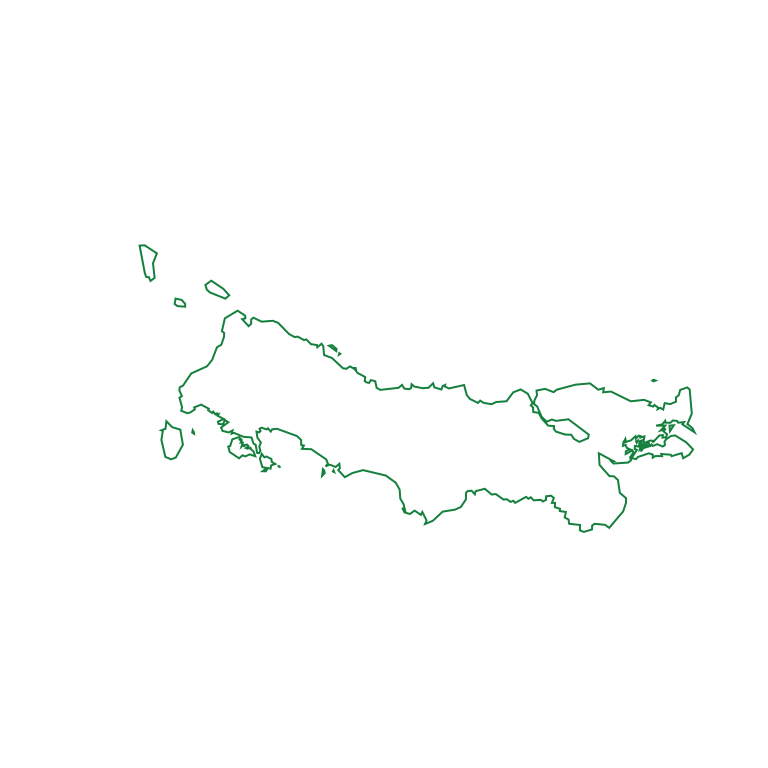 outline of Rote Ndao, Nusa Tenggara Timur, Indonesia, rotated 42°
{"feature_id": "22746128B61006797400672", "entity_name": "Rote Ndao", "entity_type": "district", "adm_level": 2, "iso_a3": "IDN", "parent_name": "Indonesia", "parent_adm1": "Nusa Tenggara Timur", "projection": "mercator", "projection_center": [123.168, -10.719], "detail": "fine", "context": "isolated", "style": "outline", "palette": "green", "viewbox_px": 768, "rotation_deg": 42, "n_neighbors": 0, "source": "geoboundaries", "source_scale": "gbopen_adm2", "svg_char_len": 6187}
<svg xmlns="http://www.w3.org/2000/svg" viewBox="0 0 768 768"><g transform="rotate(42 384 384)"><path d="M614.8,183.5L611.6,183.7L608.1,190.2L610.6,195.3L609.9,198.6L612.8,201.7L610.2,207.4L605.4,210.4L608.6,216.2L605.4,216.8L604.2,219.6L603.6,218.1L599.0,218.7L599.2,220.6L594.8,222.7L594.6,219.1L587.8,221.8L579.0,231.7L557.8,237.7L552.4,243.5L550.1,240.0L547.1,244.8L536.7,245.7L526.8,256.3L516.2,272.6L515.5,276.6L507.0,279.8L501.7,286.8L505.3,290.0L506.8,295.8L509.3,298.6L512.6,298.1L523.3,303.0L530.2,303.1L532.6,298.0L536.5,296.3L544.7,286.8L570.1,284.6L571.9,287.8L567.9,296.3L562.0,297.7L557.0,296.4L552.6,300.3L543.7,304.3L540.1,303.7L538.6,301.5L533.8,305.1L524.3,304.1L518.2,301.9L513.7,305.0L510.4,301.7L507.3,301.6L507.4,298.9L497.4,295.0L489.2,296.6L485.6,303.7L486.6,314.8L479.4,322.4L477.5,327.0L470.6,331.4L466.6,332.0L466.5,335.2L457.8,337.6L452.9,336.8L444.2,331.2L435.2,343.9L430.9,345.1L430.0,343.8L429.0,346.3L430.3,349.7L423.7,352.8L420.0,350.6L419.6,357.0L415.6,361.2L408.3,365.6L404.7,365.7L406.9,369.0L406.1,371.1L402.2,373.8L398.0,372.6L397.3,377.2L385.1,390.9L381.1,391.8L375.6,387.8L371.6,389.9L372.2,393.1L370.0,394.5L367.7,394.7L365.4,391.4L356.8,393.5L352.4,392.6L347.0,393.6L345.8,398.0L342.8,399.8L327.9,399.5L320.1,402.6L313.5,396.5L310.6,395.9L309.9,401.3L308.1,399.9L303.0,403.3L296.5,402.8L295.2,404.9L288.2,406.5L286.3,408.9L280.0,410.4L264.4,409.4L259.1,411.4L251.3,419.6L242.6,422.1L242.1,424.9L245.0,428.2L244.7,431.6L235.2,430.7L237.0,428.0L235.2,426.1L226.1,427.5L221.8,441.7L228.2,453.2L231.1,453.0L233.6,456.1L236.8,463.7L235.3,468.4L240.2,481.3L240.6,489.4L233.7,505.1L235.7,519.6L234.4,523.1L236.2,525.7L241.9,528.2L241.2,531.1L249.4,536.3L251.3,539.6L257.4,537.3L259.1,534.8L260.4,529.3L258.6,528.4L261.9,521.7L270.3,519.6L270.8,521.2L275.7,520.5L275.6,518.8L278.4,519.4L280.0,516.8L279.4,519.8L281.2,517.0L281.6,518.9L288.4,517.2L285.8,523.1L287.6,524.4L291.3,521.7L289.9,517.4L293.9,516.6L292.1,525.4L295.4,526.9L301.0,523.9L302.5,519.9L304.0,522.9L305.2,520.7L314.9,517.3L321.3,512.4L326.9,515.6L329.2,515.0L335.8,520.1L337.5,518.9L336.9,516.4L333.1,513.9L331.7,509.9L325.7,508.5L321.1,504.7L323.6,503.5L323.7,501.5L321.5,500.6L322.1,498.5L327.3,496.2L327.4,494.6L331.7,495.1L331.2,492.5L334.6,488.8L354.2,480.9L359.7,481.0L363.5,484.8L365.6,483.4L366.4,487.1L373.6,481.1L391.5,478.7L395.7,480.8L395.6,484.3L397.7,480.2L403.6,478.0L404.2,473.2L407.5,476.0L407.6,478.6L417.2,479.5L420.1,471.3L426.1,462.0L446.6,450.8L458.8,449.5L466.3,452.0L472.8,458.3L478.8,460.1L484.6,464.1L480.4,463.8L485.1,465.7L490.2,463.3L491.5,457.6L499.0,456.6L498.1,453.5L506.9,456.9L508.2,460.6L511.8,453.1L513.0,439.6L520.8,429.9L523.4,424.0L522.1,415.0L517.8,410.0L517.8,407.7L520.5,404.7L525.3,405.2L523.8,402.4L529.0,394.4L538.0,394.1L540.7,391.0L550.2,389.9L552.3,387.5L557.0,386.9L558.3,384.2L561.0,384.6L565.1,372.8L568.2,372.6L568.8,370.0L573.1,370.3L578.0,365.2L580.8,364.9L581.9,361.6L579.6,359.0L582.9,355.2L586.5,355.0L588.3,360.0L590.6,357.9L593.4,361.2L598.3,359.0L599.7,360.8L604.8,357.4L607.6,362.3L611.8,361.2L615.1,364.0L624.0,357.6L627.5,361.7L631.5,360.2L635.9,352.9L633.4,349.9L634.1,346.9L642.6,340.7L647.6,340.2L647.0,318.7L643.4,310.5L640.4,306.9L632.1,307.1L622.1,298.8L616.8,298.7L613.2,301.6L598.3,299.9L590.0,291.7L606.1,287.8L604.6,289.4L607.8,289.5L618.0,279.0L618.6,275.4L616.1,274.0L615.1,267.9L613.1,267.1L610.5,274.3L608.7,272.1L610.6,267.9L607.2,269.0L604.3,267.6L603.0,270.0L600.9,267.1L602.9,265.7L600.9,266.5L600.1,263.3L602.6,265.2L605.2,260.7L605.9,254.4L607.7,255.9L607.9,251.8L610.3,250.8L609.9,253.0L612.6,248.7L616.4,254.6L619.7,247.9L622.3,245.9L622.8,247.9L623.1,237.9L625.5,235.4L626.9,237.5L629.2,235.0L628.1,232.0L623.3,232.1L623.3,228.7L622.8,230.3L621.5,229.1L621.9,231.4L620.7,233.4L620.8,226.7L614.1,232.9L617.8,227.8L617.6,223.2L619.0,224.4L622.7,221.3L623.1,217.8L626.6,215.3L628.5,215.9L632.5,211.5L632.7,214.3L647.1,212.1L642.6,210.4L636.3,210.8L632.6,200.1L614.8,183.5ZM647.6,225.1L634.8,227.4L632.0,230.6L630.7,236.3L631.0,239.2L633.7,241.4L632.9,244.0L627.2,246.0L625.3,250.1L623.4,249.9L623.6,251.5L619.6,258.2L620.1,262.2L618.0,258.6L617.9,261.5L616.6,259.3L611.9,262.1L613.7,264.5L616.0,263.7L617.6,273.5L621.6,271.1L621.5,268.4L627.2,258.3L631.0,256.6L633.0,258.9L633.9,255.9L638.9,251.6L636.9,250.5L644.4,244.7L646.0,245.2L651.5,236.2L656.0,239.0L658.2,232.1L657.5,225.8L647.6,225.1ZM275.2,563.7L263.1,554.2L255.5,557.8L247.2,557.3L251.6,563.5L249.5,567.4L251.0,566.8L256.0,574.5L270.3,584.5L276.2,582.4L278.5,578.0L275.2,563.7ZM131.5,448.8L127.8,438.9L113.3,441.1L109.8,444.7L132.0,461.6L135.8,463.6L137.8,461.9L141.5,463.7L142.5,458.6L131.5,448.8ZM327.1,521.6L328.0,519.9L325.7,523.5L324.2,524.0L324.8,520.8L322.7,520.7L321.1,522.9L322.4,524.0L320.2,523.5L320.0,525.8L318.3,522.1L316.7,523.5L316.4,521.6L314.2,521.9L314.8,520.6L311.7,520.6L308.3,526.6L311.2,533.1L310.1,534.7L314.9,537.8L326.0,536.2L326.6,531.6L329.3,530.7L331.3,526.2L336.7,523.8L332.2,521.4L327.1,521.6ZM200.9,420.8L186.5,422.8L185.0,429.9L189.1,432.4L193.3,432.5L209.0,426.7L209.6,421.6L200.9,420.8ZM350.4,515.1L345.1,516.6L344.2,518.6L339.9,517.7L341.9,522.7L349.3,527.2L356.3,522.8L354.6,520.0L356.7,516.2L352.8,517.0L350.4,515.1ZM177.3,456.9L172.0,460.0L174.8,464.6L178.4,464.3L184.5,459.6L182.6,457.5L177.3,456.9ZM326.5,391.5L325.2,389.7L319.4,389.9L317.5,392.4L326.5,391.5ZM399.6,489.9L397.5,488.3L395.6,488.1L399.5,493.7L399.6,489.9ZM628.1,227.7L627.0,220.7L624.0,223.9L628.1,227.7ZM622.4,251.7L619.9,250.4L619.4,255.9L620.9,255.0L622.4,251.7ZM613.7,257.6L614.2,255.7L613.4,253.3L612.1,255.9L613.7,257.6ZM352.2,530.0L354.6,528.0L354.3,526.1L352.9,526.7L352.2,530.0ZM276.2,548.1L275.1,547.1L272.8,546.4L274.0,548.4L276.2,548.1ZM617.6,256.6L615.9,256.5L615.0,258.6L616.9,258.1L617.6,256.6ZM583.5,199.7L581.6,200.4L581.1,201.9L582.4,201.8L583.5,199.7ZM609.7,258.0L611.1,258.6L610.3,256.3L609.7,258.0ZM354.1,392.5L352.2,391.1L350.8,392.3L354.1,392.5ZM331.3,390.8L330.1,391.0L330.9,392.4L331.3,390.8ZM404.5,483.2L406.0,482.8L404.2,481.8L404.5,483.2ZM617.8,256.5L619.1,254.6L618.9,254.3L617.8,256.5ZM362.9,515.5L361.2,515.2L359.7,515.9L361.1,515.6L362.9,515.5Z" fill="none" stroke="#15803d" stroke-width="2"/></g></svg>